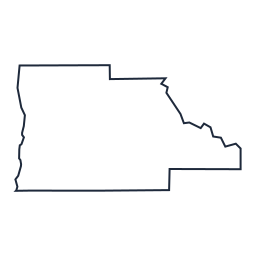 Hernando, Florida, United States of America
{"feature_id": "52423323B94618395838075", "entity_name": "Hernando", "entity_type": "district", "adm_level": 2, "iso_a3": "USA", "parent_name": "United States of America", "parent_adm1": "Florida", "projection": "equal_earth", "projection_center": [-82.437, 28.564], "detail": "fine", "context": "isolated", "style": "outline", "palette": "slate", "viewbox_px": 256, "rotation_deg": 0, "n_neighbors": 0, "source": "geoboundaries", "source_scale": "gbopen_adm2", "svg_char_len": 634}
<svg xmlns="http://www.w3.org/2000/svg" viewBox="0 0 256 256"><path d="M240.6,169.2L240.6,148.5L235.8,143.7L225.3,146.6L220.9,137.7L213.2,136.5L210.5,127.3L204.0,123.6L200.7,128.1L189.3,122.5L183.9,123.2L180.5,114.0L166.4,92.8L167.7,87.2L161.3,83.8L165.5,78.3L109.9,79.1L109.7,65.2L77.7,65.3L19.6,65.5L17.5,87.9L21.3,107.6L24.9,115.2L23.8,126.1L22.1,132.8L22.1,134.9L23.9,137.3L21.8,143.3L21.4,144.3L19.8,145.3L19.3,149.3L19.1,158.4L20.4,160.1L21.1,164.2L20.9,166.3L18.2,175.8L15.4,179.4L17.4,186.7L16.3,190.4L15.9,190.8L29.9,190.6L97.2,190.7L169.1,190.1L169.6,169.0L240.6,169.2Z" fill="none" stroke="#1e293b" stroke-width="2"/></svg>